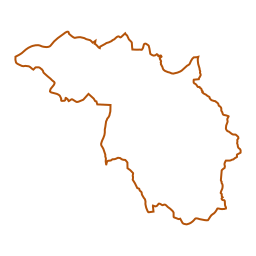 the district of Cao Phong, Hòa Bình, Vietnam
{"feature_id": "81297802B52142956360096", "entity_name": "Cao Phong", "entity_type": "district", "adm_level": 2, "iso_a3": "VNM", "parent_name": "Vietnam", "parent_adm1": "Hòa Bình", "projection": "albers", "projection_center": [105.324, 20.689], "detail": "fine", "context": "isolated", "style": "outline", "palette": "amber", "viewbox_px": 256, "rotation_deg": 0, "n_neighbors": 0, "source": "geoboundaries", "source_scale": "gbopen_adm2", "svg_char_len": 5717}
<svg xmlns="http://www.w3.org/2000/svg" viewBox="0 0 256 256"><path d="M95.4,40.9L93.5,42.3L92.7,42.7L91.1,41.0L90.3,40.3L89.1,39.9L86.1,39.1L84.5,38.2L83.9,38.0L80.4,37.2L79.1,37.2L77.1,37.4L75.1,37.8L74.5,37.8L73.8,37.5L72.6,36.8L71.2,35.7L69.0,33.8L68.6,32.2L68.2,31.8L67.7,31.7L66.9,31.8L65.3,32.6L63.6,33.9L57.8,38.1L54.1,41.4L50.6,45.6L49.8,46.3L48.6,46.8L47.4,47.0L46.5,47.1L43.7,46.8L42.0,46.4L39.8,45.5L38.4,45.2L37.3,45.2L35.4,45.3L32.7,45.9L31.3,46.4L28.4,47.8L27.1,48.7L25.8,49.6L21.7,53.2L19.2,54.8L15.5,56.7L15.4,59.7L16.0,62.4L16.6,63.2L18.0,64.1L21.8,65.9L23.3,66.2L25.4,65.9L27.1,66.1L28.8,66.3L30.2,67.1L32.5,69.1L33.4,69.6L35.3,67.6L35.9,67.3L38.2,67.3L39.0,67.4L40.0,67.9L40.9,68.7L41.7,69.2L43.0,70.9L43.3,72.1L43.8,72.9L47.7,76.4L50.4,78.6L52.2,80.4L54.1,81.9L54.5,82.5L54.6,83.1L54.1,84.5L53.5,85.4L50.7,88.8L50.1,90.5L50.0,91.5L51.1,92.4L56.9,93.9L58.5,94.7L59.7,95.6L60.1,96.3L61.2,98.6L61.1,99.8L61.3,100.6L61.9,100.9L64.5,100.7L65.1,100.2L65.3,99.8L65.5,99.3L65.5,98.2L65.8,97.9L66.1,98.0L67.6,99.2L68.7,101.1L69.0,101.0L71.2,99.5L71.7,99.3L72.4,99.4L75.9,101.6L76.9,102.0L78.5,101.7L83.3,99.7L88.5,93.9L93.7,98.6L95.2,101.1L96.4,101.4L97.3,104.4L110.5,105.0L110.4,110.2L110.3,111.7L109.9,113.2L109.4,115.5L108.5,117.2L107.3,118.6L106.7,120.2L106.1,121.4L105.3,127.0L104.8,129.4L104.8,132.6L104.4,135.1L103.3,138.1L102.3,140.2L101.6,142.1L101.1,143.9L101.3,145.3L101.6,145.9L102.6,147.5L103.5,149.2L103.6,149.6L105.3,154.7L105.3,156.6L105.9,158.3L105.7,161.4L106.1,164.2L106.2,164.4L106.3,164.4L106.7,162.7L107.2,161.5L107.6,161.1L108.1,160.8L110.8,160.5L112.4,159.3L114.4,159.2L115.2,159.0L116.5,158.5L117.6,157.9L118.1,157.8L120.2,158.1L121.6,159.2L122.4,159.5L123.3,159.8L124.9,159.9L125.3,160.0L126.2,161.0L127.4,162.5L127.5,168.2L130.3,170.2L132.1,172.1L133.0,173.0L133.1,173.4L132.7,176.0L133.0,176.7L133.0,177.4L132.9,178.9L132.7,179.7L134.9,183.2L137.3,188.1L138.7,188.5L139.2,188.8L139.6,190.2L140.0,190.8L141.3,191.9L141.7,192.8L141.8,194.0L142.1,194.9L143.8,197.8L144.9,199.2L145.1,199.7L145.5,201.6L145.4,204.0L146.0,206.9L146.3,208.0L147.5,210.9L148.1,211.9L148.4,212.2L149.2,212.2L153.5,211.6L152.9,206.0L153.0,205.6L155.2,206.4L156.2,206.2L157.1,205.7L158.6,203.8L159.0,203.6L159.4,203.7L160.2,203.9L162.2,205.1L162.9,205.1L163.9,204.7L164.6,204.6L165.4,204.8L166.2,205.4L167.8,207.0L170.4,208.9L171.1,209.6L172.5,210.9L173.4,212.2L173.6,212.7L173.6,216.3L173.7,217.0L174.1,217.4L176.6,218.3L178.0,218.9L178.8,219.1L180.2,218.7L182.5,222.9L183.2,223.5L184.1,223.9L186.2,224.3L186.9,224.3L189.2,223.6L190.8,222.8L192.7,221.4L193.9,220.2L195.0,218.9L195.5,218.5L196.1,218.4L196.8,218.4L198.0,218.6L199.5,219.1L204.7,220.1L206.5,220.3L207.9,220.2L208.2,219.9L210.2,216.8L211.3,215.3L212.8,214.1L213.8,213.5L215.1,212.2L216.3,210.5L217.3,208.7L217.5,208.5L218.4,208.5L220.9,209.0L222.1,209.1L224.6,208.9L225.2,208.6L225.9,208.5L226.0,207.8L225.8,207.0L225.3,206.1L225.0,205.0L224.8,201.2L224.6,200.7L224.1,200.2L223.0,200.1L222.4,199.9L222.0,199.5L221.7,199.0L221.6,198.5L221.8,198.1L222.7,197.3L221.9,196.4L221.7,195.9L221.8,195.3L221.7,194.0L220.8,193.2L220.7,192.9L221.2,191.1L222.3,188.6L222.5,187.6L222.6,186.7L222.6,185.3L222.4,184.3L221.6,182.9L221.6,181.6L221.1,180.9L220.9,180.4L220.9,179.9L221.7,170.4L221.9,170.1L222.8,169.2L224.6,167.9L224.9,166.2L224.5,164.7L224.5,164.1L224.6,163.3L225.3,161.6L225.9,160.6L229.6,160.6L230.6,160.4L232.3,159.6L233.1,159.5L233.5,159.3L234.8,158.2L236.6,157.2L237.0,156.9L236.9,155.0L237.1,154.5L240.2,152.9L240.5,152.7L240.6,152.3L240.6,150.4L240.5,150.1L240.1,149.2L238.6,148.0L238.2,147.5L237.8,146.1L237.7,144.9L237.1,143.2L237.3,142.3L237.4,141.6L237.3,140.7L237.3,139.9L238.4,138.2L238.2,137.0L238.1,136.8L236.5,135.3L235.6,134.6L233.1,134.5L232.3,134.2L231.4,133.6L229.0,131.7L227.9,131.3L226.9,130.6L226.0,129.0L225.9,128.3L226.2,125.5L227.5,122.1L227.6,121.4L227.3,119.6L227.3,119.0L227.6,118.3L228.6,116.5L228.5,116.2L225.8,115.3L224.1,115.0L223.3,114.7L222.9,114.2L222.6,113.5L222.3,112.3L221.3,110.6L221.3,109.8L221.3,108.7L221.1,107.8L220.7,107.2L220.2,106.6L218.8,105.7L218.7,105.5L218.4,104.2L217.8,103.2L217.1,102.6L216.3,102.1L215.6,101.4L215.0,101.1L214.1,101.0L211.6,100.2L210.7,99.5L209.7,98.2L209.6,97.4L209.3,96.9L207.3,95.8L206.2,94.8L203.5,93.4L202.5,92.5L202.3,92.2L202.8,91.9L202.7,91.4L201.7,90.4L201.6,89.4L201.1,88.6L199.8,87.7L199.7,87.5L199.7,87.2L199.2,86.9L198.1,87.0L197.7,86.8L196.3,84.7L195.4,83.9L194.3,83.4L193.7,82.6L193.6,81.1L193.7,79.9L193.8,79.7L198.8,79.2L199.0,78.3L199.3,77.6L199.9,76.8L200.7,75.0L200.5,74.0L200.0,72.9L200.0,72.4L200.2,71.5L200.1,71.0L199.7,69.9L199.5,68.3L198.2,64.0L197.8,60.8L197.8,58.8L198.3,56.8L196.9,57.2L193.7,57.4L192.3,58.8L191.0,60.9L189.7,63.8L189.1,64.5L188.4,65.0L187.1,65.7L181.8,70.5L180.4,71.4L177.5,72.6L173.3,73.6L171.7,73.4L169.6,72.5L167.9,72.1L165.0,70.9L163.6,69.8L162.9,68.7L162.5,67.2L162.1,66.4L161.8,66.0L161.7,65.4L161.0,64.6L160.9,64.3L161.0,63.1L160.7,62.4L161.1,61.3L160.8,60.5L160.1,59.4L159.9,58.8L159.8,58.2L161.5,56.7L161.1,55.8L160.8,55.5L160.3,55.5L159.8,55.7L158.9,56.3L158.7,56.3L158.3,56.1L157.8,54.8L157.3,54.4L156.8,54.2L155.8,55.0L154.9,55.4L153.7,55.6L152.4,55.2L151.2,54.5L150.3,53.8L149.4,48.4L148.7,45.8L148.3,45.3L146.4,44.0L145.8,43.7L145.0,43.7L144.4,43.9L143.9,44.5L143.0,47.9L142.0,49.6L141.5,49.8L139.8,49.6L136.9,49.7L132.4,49.5L132.1,47.1L131.8,42.6L131.3,41.8L128.9,39.4L127.1,35.5L125.8,34.4L125.2,33.3L121.1,37.1L120.3,37.4L120.1,37.3L118.9,36.5L118.5,36.4L117.9,36.5L117.0,36.9L116.0,37.7L114.3,39.3L112.3,40.3L111.7,41.0L108.7,42.4L106.5,43.0L105.0,44.0L100.2,46.6L100.0,47.1L99.8,48.1L98.8,47.6L98.4,47.2L96.8,45.4L95.5,44.2L94.7,43.8L95.2,42.3L95.4,40.9Z" fill="none" stroke="#b45309" stroke-width="2"/></svg>